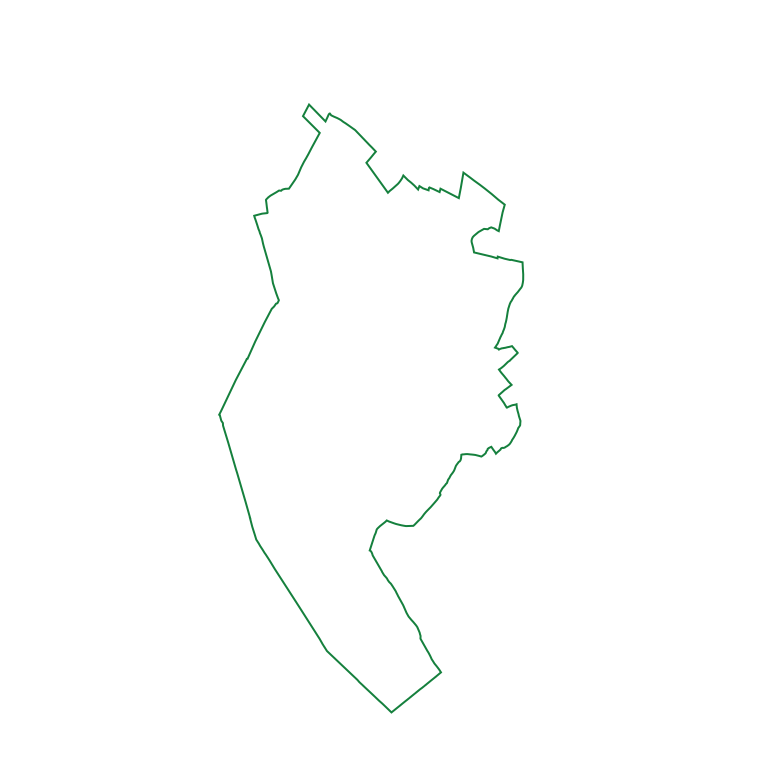 Calarasi, Cluj, Romania (Natural Earth projection), rotated 234°
{"feature_id": "2599482B54810479823537", "entity_name": "Calarasi", "entity_type": "district", "adm_level": 2, "iso_a3": "ROU", "parent_name": "Romania", "parent_adm1": "Cluj", "projection": "natural_earth1", "projection_center": [23.841, 46.485], "detail": "fine", "context": "isolated", "style": "outline", "palette": "green", "viewbox_px": 768, "rotation_deg": 234, "n_neighbors": 0, "source": "geoboundaries", "source_scale": "gbopen_adm2", "svg_char_len": 6094}
<svg xmlns="http://www.w3.org/2000/svg" viewBox="0 0 768 768"><g transform="rotate(234 384 384)"><path d="M458.1,587.1L465.9,584.8L474.3,582.8L483.0,580.4L488.7,578.7L495.7,576.4L500.1,575.1L508.3,572.5L497.5,561.4L490.4,553.8L508.8,544.5L506.6,541.8L512.7,538.5L516.3,536.3L516.2,535.6L514.5,533.9L518.0,531.5L519.3,530.6L523.3,529.0L521.3,525.9L526.7,525.2L531.0,524.3L535.0,523.2L541.3,522.2L539.8,519.5L538.8,516.9L538.1,514.6L537.7,512.8L537.0,505.9L536.8,501.9L536.4,499.6L573.3,499.8L574.9,506.5L576.2,511.4L576.8,514.0L582.2,513.3L585.9,512.7L606.4,509.9L614.7,507.1L617.6,506.1L619.8,505.2L623.1,504.2L624.8,503.4L626.6,502.5L629.6,500.7L632.4,499.2L634.6,499.2L634.8,498.9L634.7,498.4L634.6,497.8L632.6,494.3L630.8,491.0L654.1,487.6L648.3,475.9L624.9,479.6L617.7,464.5L614.3,457.7L612.3,453.4L611.8,452.2L610.8,449.9L608.0,444.4L603.8,437.4L601.6,432.4L597.9,421.9L599.9,418.9L600.6,417.2L601.0,415.9L600.8,414.4L602.2,412.8L602.4,409.7L603.1,402.9L603.0,399.7L602.8,399.1L602.7,397.9L602.3,396.7L599.5,395.2L595.6,393.0L594.4,392.4L591.0,390.5L590.9,390.2L591.0,389.8L592.9,386.5L593.5,385.4L596.4,377.9L594.9,377.3L592.1,376.5L587.1,374.9L583.0,373.5L580.4,372.9L579.3,372.4L576.5,371.7L573.5,370.8L569.0,368.8L566.0,367.6L555.8,363.9L541.5,358.7L538.2,357.1L530.8,353.4L520.7,350.1L515.8,348.7L513.6,348.2L513.1,347.4L512.7,346.7L512.0,345.2L512.3,344.3L512.4,343.8L511.3,340.7L510.8,337.4L504.2,324.0L494.1,304.9L484.6,288.4L485.0,287.8L484.3,286.6L474.3,266.4L458.1,236.7L456.0,232.6L455.4,232.9L454.8,232.7L454.4,232.5L450.0,230.8L447.1,230.7L444.9,229.3L428.1,223.5L402.0,214.1L398.4,212.9L370.2,202.8L354.2,196.9L354.3,196.8L345.9,193.5L337.8,190.8L333.2,189.2L328.2,188.9L325.8,188.6L321.4,188.4L317.5,188.1L315.6,188.1L308.3,187.7L298.6,186.9L265.9,185.1L255.2,184.5L215.5,182.1L209.3,181.4L201.5,180.9L160.1,188.6L157.4,188.8L137.5,192.6L130.9,193.8L126.4,194.8L113.9,197.0L114.8,214.5L114.9,217.3L115.8,233.7L115.8,236.4L116.5,248.9L116.8,254.8L117.1,259.0L117.2,260.6L120.6,260.8L124.8,260.7L126.6,260.6L128.2,260.5L130.8,260.7L133.1,260.8L133.7,260.9L136.6,261.5L139.2,261.9L140.8,262.1L142.6,262.2L156.5,263.8L158.7,265.5L160.5,266.1L161.9,266.7L165.8,267.6L166.8,267.8L167.3,268.0L169.7,268.1L174.3,267.8L176.8,267.5L181.4,267.2L185.6,267.7L193.8,269.5L204.5,270.8L205.9,271.1L206.9,271.2L208.0,271.4L209.5,271.7L215.5,272.1L218.4,272.2L220.7,271.8L223.0,271.8L225.0,272.1L226.5,272.0L229.3,271.7L233.0,272.0L233.7,272.2L252.0,274.1L253.3,274.6L254.9,275.0L256.0,275.1L257.0,275.0L257.7,274.6L266.7,286.9L267.6,288.3L267.9,289.0L268.8,290.3L270.5,292.5L270.7,293.0L270.9,293.7L271.1,295.0L271.4,297.4L271.6,302.5L271.7,304.4L272.0,306.0L270.0,307.1L265.3,310.3L263.5,311.6L259.5,315.0L257.4,317.0L256.1,318.3L252.0,324.4L252.2,326.2L253.0,330.8L253.4,333.4L253.6,335.1L254.3,337.5L255.1,339.9L255.6,341.9L255.9,343.2L256.7,347.9L256.9,349.2L257.8,353.2L258.8,357.5L259.2,359.2L260.1,361.5L260.8,363.9L261.1,364.5L261.6,364.8L262.6,364.9L263.0,365.2L263.4,365.8L265.1,369.5L265.5,370.9L266.1,373.6L266.7,375.4L266.8,376.5L267.0,376.9L268.8,379.5L269.1,380.2L269.4,381.3L270.9,384.3L271.3,385.7L271.9,387.7L272.7,389.7L273.3,390.7L274.0,391.8L275.4,393.9L276.0,395.4L276.6,397.4L276.9,398.2L277.0,398.9L276.9,399.8L277.3,401.0L278.4,402.5L281.3,405.0L280.9,406.1L280.3,407.0L279.1,409.1L278.4,410.1L277.9,410.7L276.7,412.0L274.5,414.5L272.9,416.2L269.9,418.7L268.1,420.1L268.0,420.8L268.0,422.1L268.0,422.8L268.2,425.3L268.5,426.0L269.0,426.7L269.4,427.4L269.5,427.8L269.7,428.7L270.0,429.2L270.2,429.3L270.4,429.5L270.5,429.8L270.6,430.0L270.5,430.8L270.6,431.2L270.3,432.9L270.1,433.9L266.9,433.8L264.7,433.8L263.5,433.8L261.8,433.6L262.1,435.2L262.3,437.8L262.5,439.8L263.0,440.6L263.0,441.4L262.9,441.8L262.8,442.2L262.1,443.0L261.7,444.0L261.6,444.4L261.6,445.4L261.4,447.0L261.4,447.8L261.4,448.7L261.5,450.0L261.7,450.8L262.3,452.5L263.0,454.1L263.4,454.7L264.2,456.9L264.5,457.6L265.2,459.2L267.1,463.0L268.3,465.0L269.5,466.8L269.7,467.5L270.2,469.0L270.5,469.6L270.8,470.1L271.1,470.3L272.2,471.2L273.8,472.6L274.2,472.8L278.7,474.3L280.5,475.1L283.8,476.3L286.8,477.6L289.7,479.3L290.0,478.3L291.2,475.8L291.7,474.3L292.0,472.9L292.4,471.2L292.6,469.6L292.8,469.4L293.9,469.5L294.2,469.6L295.4,469.6L298.0,469.9L305.9,470.0L307.2,470.0L307.4,470.1L307.5,470.3L307.7,472.4L307.7,472.6L307.8,473.1L307.8,473.5L307.9,474.4L307.9,474.6L308.3,478.3L308.2,478.9L308.3,486.7L309.1,486.6L313.1,486.1L317.1,486.0L317.5,485.9L318.8,485.9L324.5,485.5L325.9,485.5L327.7,485.5L328.1,485.5L328.1,485.9L328.0,486.7L328.0,487.5L328.0,488.5L328.0,488.9L328.1,489.8L328.1,490.7L328.3,492.5L328.4,493.0L328.5,493.8L329.0,497.1L329.0,497.3L329.0,497.5L329.0,498.3L328.9,499.4L329.0,499.5L329.9,506.1L330.5,510.4L330.6,510.5L330.9,510.5L335.0,510.1L337.2,510.0L339.4,509.8L339.5,509.4L339.7,509.0L339.9,508.4L340.5,506.9L341.1,505.7L341.7,504.2L341.8,503.9L342.1,503.2L342.3,502.9L342.6,502.2L342.8,501.9L342.9,501.5L343.2,501.0L343.5,500.5L344.2,498.4L344.3,497.7L344.3,497.2L345.7,497.0L345.9,496.8L346.0,496.7L348.2,495.2L348.6,496.4L348.7,496.8L348.8,497.0L349.1,497.6L349.4,498.5L349.9,499.9L350.4,500.6L350.9,501.5L351.4,502.3L353.7,506.2L354.0,506.9L354.7,508.1L355.5,509.9L356.0,510.5L356.4,511.1L356.7,511.5L357.4,512.7L357.8,513.3L359.0,515.0L359.4,515.5L360.2,516.3L360.4,516.5L361.5,517.7L362.3,518.8L363.7,520.4L365.3,522.1L367.9,524.7L368.4,525.2L369.5,526.3L372.0,529.0L373.2,530.7L373.7,531.3L374.3,532.2L374.7,532.7L375.8,534.6L376.3,536.1L377.3,538.2L377.4,538.6L377.9,539.4L378.2,540.2L378.4,540.6L378.4,540.8L378.4,541.0L378.5,541.1L378.9,542.5L379.1,543.5L379.3,544.2L379.4,544.8L379.7,546.2L380.9,550.2L381.3,551.8L382.3,553.6L384.3,555.8L386.3,557.7L390.9,561.1L395.5,564.0L401.0,567.6L409.6,560.0L410.2,558.9L412.5,556.9L414.6,555.1L420.2,550.9L418.9,549.7L424.1,545.7L433.3,537.8L437.5,534.2L441.7,536.2L447.0,538.2L448.3,538.9L449.6,540.3L450.6,542.0L451.0,543.9L451.4,549.8L450.7,556.1L448.2,558.9L448.2,560.8L447.7,562.8L444.7,564.8L441.9,565.8L440.2,566.7L444.0,570.8L453.1,580.8L458.1,587.1Z" fill="none" stroke="#15803d" stroke-width="2"/></g></svg>